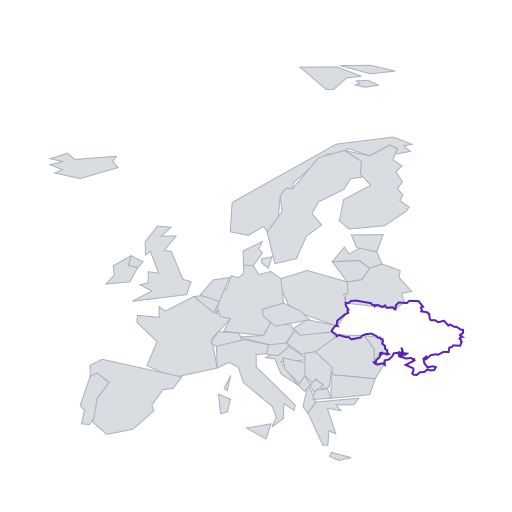 location of Ukraine within Europe, rotated 4°
{"feature_id": "UKR", "entity_name": "Ukraine", "entity_type": "country or territory", "adm_level": 0, "iso_a3": "UKR", "parent_name": "Europe", "parent_adm1": "", "projection": "natural_earth1", "projection_center": [31.244, 48.371], "detail": "medium", "context": "in_parent", "style": "outline", "palette": "violet", "viewbox_px": 512, "rotation_deg": 4, "n_neighbors": 37, "source": "natural_earth", "source_scale": "50m", "svg_char_len": 9070}
<svg xmlns="http://www.w3.org/2000/svg" viewBox="0 0 512 512"><g transform="rotate(4 256 256)"><path d="M286.7,64.5L323.9,61.8L348.6,69.3L334.0,72.1L321.5,84.7L314.4,85.0L286.7,64.5ZM402.6,140.9L386.9,144.9L389.6,139.2L381.7,136.0L362.5,148.2L340.9,142.4L331.8,150.2L320.0,148.9L288.3,180.2L287.7,186.4L281.2,186.3L276.0,194.3L275.4,220.2L265.5,231.3L261.6,225.9L246.8,236.0L228.6,233.6L228.5,204.2L328.3,138.8L384.6,127.8L403.8,133.7L395.8,135.8L402.6,140.9ZM382.1,61.8L357.2,66.3L326.3,60.1L357.4,57.8L382.1,61.8ZM366.1,77.1L353.0,80.1L343.0,78.4L347.2,76.6L343.9,74.3L355.9,72.9L366.1,77.1Z" fill="#d9dde1" stroke="#a8b0b8" stroke-width="1"/><path d="M196.9,300.7L234.9,320.4L217.6,341.8L225.1,370.4L181.6,383.2L154.8,372.9L163.3,348.5L141.7,330.3L142.0,323.5L163.7,323.9L162.9,313.3L169.2,317.3L196.9,300.7ZM233.4,390.4L239.2,376.8L236.7,392.3L233.4,390.4Z" fill="#d9dde1" stroke="#a8b0b8" stroke-width="1"/><path d="M265.5,231.3L278.8,210.0L276.0,194.3L281.2,186.3L287.7,186.4L311.8,153.4L337.0,144.5L354.7,154.1L356.2,170.0L344.9,172.4L339.0,183.4L314.8,197.5L308.9,209.6L319.3,220.5L305.0,232.5L296.5,255.7L275.4,262.3L265.5,231.3Z" fill="#d9dde1" stroke="#a8b0b8" stroke-width="1"/><path d="M382.2,255.1L400.9,260.6L400.1,267.3L413.8,280.5L403.9,283.0L407.4,291.9L398.5,299.1L348.2,296.7L348.7,275.4L363.3,272.1L370.3,260.1L382.2,255.1Z" fill="#d9dde1" stroke="#a8b0b8" stroke-width="1"/><path d="M348.7,275.4L350.5,286.5L346.1,288.4L351.5,304.8L341.8,320.3L294.7,307.4L281.4,283.9L282.4,276.8L307.9,266.9L348.7,275.4Z" fill="#d9dde1" stroke="#a8b0b8" stroke-width="1"/><path d="M299.1,328.7L291.1,342.2L280.8,344.5L243.3,338.2L269.0,334.8L274.9,321.7L296.0,322.5L299.1,328.7Z" fill="#d9dde1" stroke="#a8b0b8" stroke-width="1"/><path d="M336.6,325.9L340.9,331.0L327.9,345.6L308.7,350.9L292.6,340.6L299.1,328.7L336.6,325.9Z" fill="#d9dde1" stroke="#a8b0b8" stroke-width="1"/><path d="M369.7,327.8L384.7,328.8L394.5,344.6L385.9,344.5L381.1,353.4L380.5,341.0L369.7,327.8Z" fill="#d9dde1" stroke="#a8b0b8" stroke-width="1"/><path d="M381.1,353.4L391.3,355.3L383.4,370.2L341.3,369.1L321.9,347.4L344.2,329.0L369.7,327.8L380.5,341.0L381.1,353.4Z" fill="#d9dde1" stroke="#a8b0b8" stroke-width="1"/><path d="M370.3,260.1L363.3,272.1L348.7,275.4L332.5,256.3L359.1,253.3L370.3,260.1Z" fill="#d9dde1" stroke="#a8b0b8" stroke-width="1"/><path d="M376.2,243.5L382.2,255.1L370.3,260.1L359.1,253.3L332.5,256.3L343.5,241.0L348.7,247.6L361.7,239.1L376.2,243.5Z" fill="#d9dde1" stroke="#a8b0b8" stroke-width="1"/><path d="M381.3,225.8L376.2,243.5L355.8,240.6L349.7,228.3L381.3,225.8Z" fill="#d9dde1" stroke="#a8b0b8" stroke-width="1"/><path d="M282.4,276.8L286.8,301.1L266.1,308.8L274.9,321.7L269.0,334.8L229.0,333.4L234.9,320.4L224.6,318.7L221.2,310.1L222.7,294.2L229.2,290.8L232.7,277.4L239.7,278.9L245.0,274.4L244.1,265.9L253.9,265.7L260.1,274.5L271.7,270.4L282.4,276.8Z" fill="#d9dde1" stroke="#a8b0b8" stroke-width="1"/><path d="M339.3,365.2L341.3,369.1L383.4,370.2L379.0,386.4L340.7,392.7L339.3,365.2Z" fill="#d9dde1" stroke="#a8b0b8" stroke-width="1"/><path d="M365.0,450.5L352.8,454.2L343.4,450.7L345.0,446.6L365.0,450.5ZM325.8,397.5L368.4,390.6L364.1,397.6L346.3,398.9L351.4,404.3L337.9,403.0L348.0,427.9L341.0,425.4L340.9,439.8L335.8,439.9L318.8,409.1L325.8,397.5Z" fill="#d9dde1" stroke="#a8b0b8" stroke-width="1"/><path d="M325.8,397.5L318.8,409.1L313.4,403.1L316.9,379.9L325.8,397.5Z" fill="#d9dde1" stroke="#a8b0b8" stroke-width="1"/><path d="M295.1,343.9L315.4,355.8L288.1,359.7L307.1,381.9L289.3,372.1L281.9,357.3L272.7,356.7L295.1,343.9Z" fill="#d9dde1" stroke="#a8b0b8" stroke-width="1"/><path d="M244.5,334.3L249.3,344.1L225.8,350.7L217.0,346.0L223.5,334.1L244.5,334.3Z" fill="#d9dde1" stroke="#a8b0b8" stroke-width="1"/><path d="M219.2,310.4L221.5,316.2L217.8,315.6L219.2,310.4Z" fill="#d9dde1" stroke="#a8b0b8" stroke-width="1"/><path d="M222.7,303.8L217.8,315.6L196.9,300.7L215.0,297.7L222.7,303.8Z" fill="#d9dde1" stroke="#a8b0b8" stroke-width="1"/><path d="M231.0,279.3L222.7,303.8L202.9,298.9L215.0,282.9L231.0,279.3Z" fill="#d9dde1" stroke="#a8b0b8" stroke-width="1"/><path d="M99.0,387.6L105.4,383.8L118.4,392.3L107.7,409.0L109.3,423.9L101.5,435.8L93.5,435.5L95.7,422.1L91.0,417.6L99.0,387.6Z" fill="#d9dde1" stroke="#a8b0b8" stroke-width="1"/><path d="M104.9,433.3L107.7,409.0L118.4,392.3L105.4,383.8L99.0,387.6L98.0,376.7L109.7,369.8L190.5,381.9L182.5,393.8L172.5,395.8L162.5,412.1L164.9,417.6L145.4,437.3L119.6,444.3L104.9,433.3Z" fill="#d9dde1" stroke="#a8b0b8" stroke-width="1"/><path d="M138.9,275.8L131.9,290.5L108.3,294.5L116.0,284.9L114.2,275.7L131.5,264.4L129.5,274.1L138.9,275.8Z" fill="#d9dde1" stroke="#a8b0b8" stroke-width="1"/><path d="M250.2,340.2L274.7,343.8L275.1,352.4L263.0,354.4L264.0,366.6L305.6,402.1L304.7,407.3L294.1,401.3L294.8,416.0L283.8,425.5L287.6,415.4L282.8,405.0L252.3,383.1L246.0,368.2L236.5,364.0L225.1,370.4L222.8,348.7L250.2,340.2ZM258.6,428.3L282.7,422.4L278.7,437.9L258.6,428.3ZM228.3,396.4L240.5,400.7L238.4,413.4L231.6,415.9L228.3,396.4Z" fill="#d9dde1" stroke="#a8b0b8" stroke-width="1"/><path d="M253.9,265.7L244.1,265.9L242.8,251.8L261.3,241.2L258.1,248.7L262.3,252.5L253.9,265.7ZM272.1,255.6L269.0,267.4L262.1,262.3L261.6,258.6L272.1,255.6Z" fill="#d9dde1" stroke="#a8b0b8" stroke-width="1"/><path d="M138.9,275.8L129.5,274.1L131.5,264.4L143.8,269.6L138.9,275.8ZM160.1,280.0L150.3,258.5L145.7,262.8L144.4,249.6L155.6,233.2L169.3,233.2L160.1,242.8L174.9,241.6L164.0,256.8L171.2,257.4L184.7,284.4L193.0,286.1L189.4,299.4L135.7,309.8L154.7,298.1L142.3,292.9L150.3,290.1L149.7,279.2L160.1,280.0Z" fill="#d9dde1" stroke="#a8b0b8" stroke-width="1"/><path d="M109.7,166.3L106.5,171.7L112.2,177.4L75.0,191.1L49.3,187.2L57.0,183.5L44.3,179.3L56.9,175.2L44.0,173.3L60.6,166.6L68.6,172.3L109.7,166.3Z" fill="#d9dde1" stroke="#a8b0b8" stroke-width="1"/><path d="M274.7,343.8L292.6,340.6L295.1,343.9L285.3,353.8L273.3,353.3L274.7,343.8Z" fill="#d9dde1" stroke="#a8b0b8" stroke-width="1"/><path d="M389.6,139.2L385.8,150.5L395.5,156.0L389.5,162.2L396.9,171.7L392.4,178.9L398.3,185.1L395.5,190.6L405.3,196.5L402.8,200.8L382.1,216.9L346.8,222.6L336.7,215.0L339.4,193.7L365.5,177.5L354.2,166.8L354.7,154.1L337.0,144.5L362.5,148.2L381.7,136.0L389.6,139.2Z" fill="#d9dde1" stroke="#a8b0b8" stroke-width="1"/><path d="M340.3,319.7L335.0,326.9L305.3,332.1L298.6,325.5L311.3,316.0L340.3,319.7Z" fill="#d9dde1" stroke="#a8b0b8" stroke-width="1"/><path d="M286.8,301.1L304.6,307.9L313.5,315.9L280.1,324.7L267.6,315.5L266.1,308.8L286.8,301.1Z" fill="#d9dde1" stroke="#a8b0b8" stroke-width="1"/><path d="M308.0,380.3L292.9,367.1L289.9,355.8L315.0,359.3L315.1,371.6L308.0,380.3Z" fill="#d9dde1" stroke="#a8b0b8" stroke-width="1"/><path d="M336.6,383.4L340.7,392.7L322.8,395.1L324.3,385.9L336.6,383.4Z" fill="#d9dde1" stroke="#a8b0b8" stroke-width="1"/><path d="M311.5,349.5L321.9,347.4L339.8,362.0L337.9,382.1L330.5,384.1L325.2,374.4L320.8,378.7L313.3,372.0L311.5,349.5Z" fill="#d9dde1" stroke="#a8b0b8" stroke-width="1"/><path d="M319.3,380.8L313.8,387.6L307.1,381.9L313.3,372.0L319.3,380.8Z" fill="#d9dde1" stroke="#a8b0b8" stroke-width="1"/><path d="M323.0,387.8L319.3,380.8L323.8,374.9L332.2,379.9L323.0,387.8Z" fill="#d9dde1" stroke="#a8b0b8" stroke-width="1"/><path d="M431.5,351.4L434.8,355.0L440.1,353.7L443.1,354.3L441.8,357.4L437.9,358.0L435.0,357.1L432.1,359.9L427.5,360.6L424.6,363.5L421.5,363.4L420.0,362.2L421.1,358.9L420.7,357.1L412.9,354.2L421.4,349.1L420.9,347.7L419.7,348.1L418.0,346.9L412.6,347.8L407.8,346.0L409.1,344.6L405.8,343.4L411.8,344.1L413.3,342.8L409.4,342.6L408.6,339.4L407.3,337.2L408.4,339.9L408.1,342.5L405.6,342.4L405.9,341.3L404.7,342.7L400.2,343.4L399.2,346.1L395.9,349.9L391.5,351.2L392.1,355.6L389.8,354.1L385.0,355.8L382.7,355.3L381.0,353.8L383.1,353.1L383.1,351.7L386.5,348.1L386.6,344.3L388.3,343.7L388.4,345.0L389.2,344.2L392.1,344.4L393.1,345.3L395.3,344.6L393.8,343.5L393.4,340.8L391.2,339.5L391.0,336.7L388.0,334.6L388.6,332.0L388.0,330.2L386.5,330.3L385.4,328.7L383.1,329.0L381.9,327.6L376.5,325.4L371.4,326.2L367.4,328.0L366.3,329.9L356.9,332.5L354.0,330.4L351.7,330.7L344.2,329.0L342.2,330.4L341.5,328.8L336.9,326.1L337.0,324.6L340.1,319.9L342.3,320.2L341.4,319.0L341.5,314.9L349.1,307.8L351.9,306.4L351.1,304.0L352.0,303.2L349.0,299.2L348.7,296.4L351.2,296.7L354.2,294.1L359.3,293.5L374.1,295.1L375.2,296.5L378.0,296.8L378.1,297.6L379.2,296.6L381.6,296.5L385.5,298.1L388.1,296.3L389.9,298.5L395.7,297.6L398.5,299.6L399.1,298.8L398.8,295.7L401.6,292.4L409.8,292.4L412.0,290.0L421.3,289.7L426.1,294.9L424.1,295.8L425.3,298.9L424.8,299.7L431.0,300.2L431.7,301.5L432.8,301.6L433.6,306.3L434.9,307.9L438.7,307.5L442.4,309.3L448.1,307.5L452.8,312.0L454.3,310.8L459.1,312.9L461.0,312.6L465.5,315.2L467.6,315.2L468.0,318.2L465.0,320.5L467.4,322.2L465.8,322.3L464.8,324.3L466.2,324.8L466.4,327.0L467.2,327.4L465.8,331.3L459.1,331.4L457.8,333.0L455.2,334.0L454.8,338.4L449.9,338.5L444.4,341.9L442.7,341.4L437.3,342.7L432.8,347.0L431.4,347.6L433.3,346.0L432.9,344.5L430.2,346.8L431.5,351.4ZM410.2,347.1L405.9,346.2L405.5,345.1L410.2,347.1Z" fill="none" stroke="#5b21b6" stroke-width="2"/></g></svg>